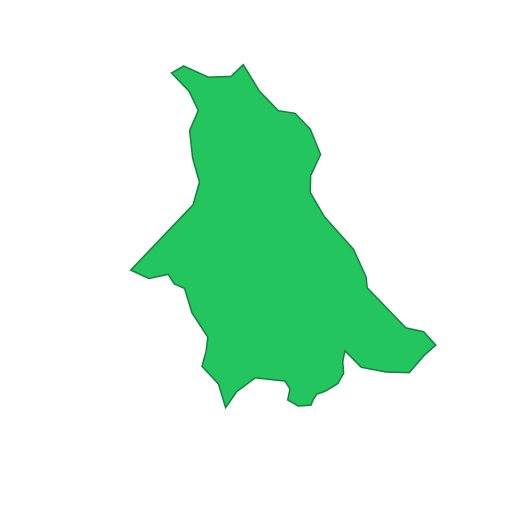 outline of Alebtong, rotated 46°
{"feature_id": "UGA-5606", "entity_name": "Alebtong", "entity_type": "District", "adm_level": 1, "iso_a3": "UGA", "parent_name": "Uganda", "parent_adm1": "", "projection": "mercator", "projection_center": [33.268, 2.239], "detail": "fine", "context": "isolated", "style": "filled", "palette": "green", "viewbox_px": 512, "rotation_deg": 46, "n_neighbors": 0, "source": "natural_earth", "source_scale": "10m", "svg_char_len": 838}
<svg xmlns="http://www.w3.org/2000/svg" viewBox="0 0 512 512"><g transform="rotate(46 256 256)"><path d="M344.0,383.2L321.9,371.9L297.8,371.5L290.1,358.4L281.0,347.1L252.5,341.6L229.7,329.9L219.3,334.2L208.2,331.9L197.8,348.7L179.1,356.0L175.4,265.7L163.6,245.4L141.6,233.6L119.7,216.7L111.2,196.4L91.0,189.7L65.6,189.7L69.0,176.1L94.3,166.0L109.5,149.1L109.5,132.2L139.9,139.0L167.0,139.0L180.5,128.8L202.4,128.8L227.8,139.0L236.2,160.9L248.0,172.8L275.0,179.5L318.9,181.2L347.7,191.4L356.1,198.1L411.8,198.1L427.0,188.0L445.0,188.6L444.3,203.7L446.4,226.8L429.6,243.2L409.2,257.6L386.0,257.9L392.2,266.9L401.2,274.4L404.6,285.7L401.8,298.5L400.0,303.4L397.6,308.1L399.1,314.8L401.5,320.1L393.3,329.8L381.6,333.2L375.2,323.9L366.2,322.0L343.1,341.2L340.2,364.1L344.0,383.2Z" fill="#22c55e" stroke="#15803d" stroke-width="1.5"/></g></svg>